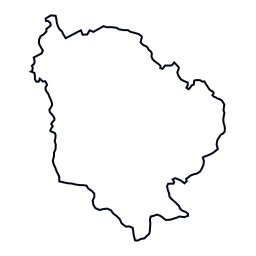 the district of Maran, Pahang, Malaysia
{"feature_id": "92858781B75033719782494", "entity_name": "Maran", "entity_type": "district", "adm_level": 2, "iso_a3": "MYS", "parent_name": "Malaysia", "parent_adm1": "Pahang", "projection": "mercator", "projection_center": [102.676, 3.6], "detail": "fine", "context": "isolated", "style": "outline", "palette": "ink", "viewbox_px": 256, "rotation_deg": 0, "n_neighbors": 0, "source": "geoboundaries", "source_scale": "gbopen_adm2", "svg_char_len": 2931}
<svg xmlns="http://www.w3.org/2000/svg" viewBox="0 0 256 256"><path d="M31.1,71.6L34.4,72.9L34.9,75.7L34.9,79.2L36.3,81.7L38.6,81.7L39.9,78.7L42.7,81.5L45.2,81.2L47.1,84.7L45.5,87.5L45.7,90.2L47.1,92.3L48.2,93.7L49.4,96.7L50.8,99.9L51.9,102.9L52.1,105.2L50.8,107.5L49.4,109.6L49.8,112.1L51.9,114.4L53.5,116.5L54.4,118.3L54.4,119.9L52.6,122.0L51.2,123.9L52.8,126.2L51.7,127.8L50.3,130.1L50.5,131.2L52.8,132.1L54.9,133.1L55.6,135.1L55.4,138.1L54.7,141.1L55.8,144.8L55.6,147.6L55.4,149.7L54.0,152.6L54.0,156.1L52.8,160.7L53.8,164.6L55.4,167.9L56.5,171.1L57.9,173.8L59.1,176.4L59.3,179.1L59.3,181.4L67.8,183.3L71.7,183.5L75.2,184.4L79.6,185.1L82.3,185.1L86.5,185.6L88.3,188.6L91.8,190.9L94.3,193.6L94.3,197.1L92.7,200.6L93.4,204.9L95.5,208.2L99.6,210.0L103.1,209.1L107.0,208.6L110.9,210.2L113.4,213.7L116.6,216.0L119.6,219.0L121.7,223.4L125.9,226.6L129.5,226.4L132.8,228.0L133.2,231.4L133.9,236.0L135.1,240.4L137.6,240.6L138.0,240.4L140.8,239.0L144.5,238.3L146.4,236.3L149.1,234.0L149.8,231.7L150.3,223.6L150.0,219.4L150.7,216.5L153.7,215.8L157.2,214.6L160.6,216.0L165.7,219.9L170.5,219.7L174.0,218.5L177.0,217.6L179.5,216.5L184.4,217.1L187.2,216.1L188.1,215.8L188.1,213.9L186.0,212.1L182.5,210.7L180.2,208.9L179.1,206.1L174.7,201.7L171.7,199.2L169.4,196.4L169.2,193.6L167.8,190.0L167.1,186.0L168.2,183.7L173.5,183.7L174.2,182.1L172.6,179.4L175.4,178.2L180.5,180.3L184.6,183.3L186.7,181.2L186.2,178.7L187.8,177.8L190.6,175.5L193.8,174.3L196.8,173.6L199.8,171.8L201.6,169.0L203.5,164.6L203.9,160.9L202.8,157.5L204.4,156.6L207.4,155.6L210.9,154.0L213.4,152.6L215.9,150.6L217.8,149.0L216.6,144.6L217.3,140.2L218.9,137.7L220.8,134.7L223.1,133.5L224.7,131.5L224.9,128.0L224.4,125.5L223.5,122.5L223.3,119.0L223.8,116.0L224.4,112.8L223.5,110.3L224.3,104.4L222.0,100.7L219.6,99.1L216.8,98.2L216.2,97.6L213.9,96.7L212.4,95.3L213.6,93.6L213.4,92.0L211.2,90.8L209.4,89.4L206.8,85.4L205.2,83.0L204.4,81.4L202.2,81.6L200.1,80.2L197.8,80.1L195.3,80.1L194.0,81.1L194.0,83.5L193.7,84.6L191.7,85.4L190.6,87.0L188.7,89.2L186.4,87.7L187.8,85.2L187.8,83.0L186.7,82.0L184.7,81.4L181.1,79.5L179.5,77.4L178.2,75.2L177.3,72.4L178.0,70.5L178.9,68.0L178.3,66.7L176.4,64.7L174.2,62.5L172.7,64.5L171.7,65.3L169.3,65.6L167.1,65.5L165.1,65.5L163.7,67.4L162.4,68.9L160.3,68.1L160.6,66.2L159.3,64.7L154.3,60.9L152.5,59.0L151.5,56.6L151.8,53.4L151.1,51.8L148.8,49.9L147.7,47.8L146.2,46.3L143.8,45.4L142.4,44.4L140.6,42.3L141.3,39.1L141.9,37.8L141.5,36.1L138.6,34.0L130.2,31.7L127.9,30.1L123.8,30.1L119.2,29.4L116.6,27.8L111.1,27.1L107.0,27.3L103.5,26.2L93.4,31.9L89.7,30.3L87.2,34.5L82.6,34.7L80.9,30.3L65.7,38.2L63.4,34.5L61.8,31.3L59.5,29.2L57.9,26.2L56.8,22.7L56.3,18.8L55.6,15.8L51.0,15.4L47.8,17.2L45.7,18.6L45.9,20.9L48.2,21.1L50.3,23.0L50.8,25.5L46.4,29.0L46.4,31.5L43.9,34.2L40.6,36.3L39.0,39.8L39.0,43.7L41.3,48.1L42.9,50.4L41.6,53.4L33.7,57.5L34.6,60.7L34.2,63.7L31.9,65.8L32.8,68.1L32.1,71.1L31.1,71.6Z" fill="none" stroke="#020617" stroke-width="2"/></svg>